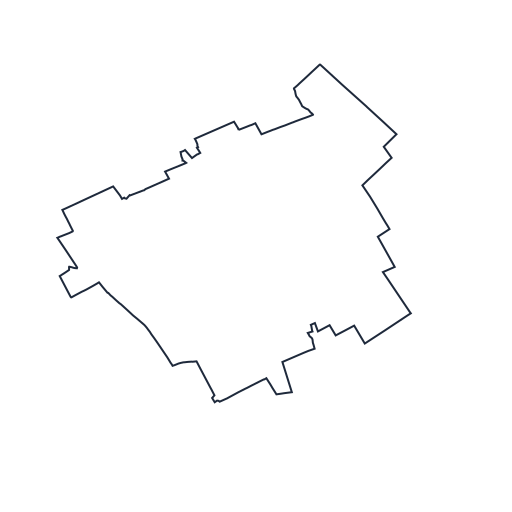 outline of Cudalbi, Galati, Romania, rotated 151°
{"feature_id": "2599482B47411249662534", "entity_name": "Cudalbi", "entity_type": "district", "adm_level": 2, "iso_a3": "ROU", "parent_name": "Romania", "parent_adm1": "Galati", "projection": "mercator", "projection_center": [27.714, 45.778], "detail": "fine", "context": "isolated", "style": "outline", "palette": "slate", "viewbox_px": 512, "rotation_deg": 151, "n_neighbors": 0, "source": "geoboundaries", "source_scale": "gbopen_adm2", "svg_char_len": 4117}
<svg xmlns="http://www.w3.org/2000/svg" viewBox="0 0 512 512"><g transform="rotate(151 256 256)"><path d="M266.7,383.1L267.4,383.0L268.2,383.0L268.5,383.0L270.1,383.2L271.2,383.4L271.6,383.5L272.7,380.1L273.0,379.2L273.3,376.5L273.4,376.2L274.0,375.1L273.4,374.8L271.9,371.3L272.6,371.3L289.2,373.3L294.6,373.9L294.6,365.8L315.1,367.6L320.3,368.1L321.9,367.7L322.8,368.0L336.7,370.0L337.0,370.5L341.5,368.9L342.8,370.1L343.0,370.9L343.3,370.9L345.5,370.9L345.6,374.9L346.4,380.5L347.2,386.1L394.3,389.5L395.8,389.6L399.8,389.9L403.0,390.2L403.1,388.5L403.3,385.9L403.4,382.6L403.4,381.5L403.4,380.3L403.6,376.4L403.6,375.6L403.6,374.9L403.7,374.1L403.8,372.2L404.0,366.7L404.5,366.4L408.2,366.6L413.4,367.3L414.8,367.5L416.6,367.7L417.3,367.8L417.5,367.9L419.5,368.1L420.3,368.1L420.9,368.2L419.6,353.7L418.1,334.9L418.0,332.7L418.6,332.1L420.4,333.3L421.6,334.4L422.3,335.2L423.8,336.6L424.3,337.0L424.6,337.2L424.8,337.1L425.4,336.0L425.6,335.5L426.2,334.5L426.3,334.4L430.9,334.0L437.4,333.6L437.8,316.8L437.9,311.5L437.9,310.8L437.9,310.4L437.9,310.0L437.8,309.6L437.7,309.4L437.4,309.3L436.0,309.3L433.7,309.3L433.3,309.3L425.8,309.2L423.1,309.0L420.5,308.9L417.2,308.9L416.1,308.9L413.1,308.9L407.9,309.0L406.3,309.1L406.1,309.1L405.2,303.6L403.7,295.8L403.1,295.4L402.3,292.1L401.4,289.9L399.9,285.3L398.4,281.0L397.6,279.4L396.0,274.7L393.3,266.6L392.8,265.0L392.3,263.5L392.1,263.0L390.4,258.8L387.1,249.9L386.7,248.2L386.3,246.1L386.0,243.6L385.6,241.1L385.5,238.7L385.4,237.7L384.9,233.8L384.2,227.0L383.7,221.4L383.2,215.8L382.7,210.3L382.5,205.2L382.5,204.4L382.2,201.9L382.2,201.7L382.2,201.0L382.2,200.6L382.2,200.4L381.1,200.2L380.6,200.1L379.3,199.9L377.6,199.7L375.9,199.5L374.2,199.1L373.0,198.8L372.5,198.6L371.3,198.3L369.8,197.6L368.1,196.9L366.9,196.4L365.6,195.8L364.4,195.2L363.9,195.0L362.6,194.2L359.1,192.7L359.1,192.3L359.1,191.6L359.3,183.8L359.5,173.4L359.7,163.0L359.7,160.8L359.9,154.3L363.2,153.1L363.0,148.1L360.2,148.4L359.2,147.7L358.7,147.0L358.4,146.2L354.9,145.9L351.3,145.6L350.7,145.5L349.9,145.5L349.2,145.5L337.3,145.4L329.2,145.1L328.3,145.0L324.6,144.9L323.8,144.9L313.5,144.5L309.0,144.3L308.5,144.0L306.2,144.1L305.7,136.6L305.6,132.6L305.3,127.3L305.2,125.1L300.5,123.3L298.0,122.4L290.7,119.5L284.3,150.5L276.2,149.7L266.2,148.7L261.2,148.2L256.1,147.6L252.1,146.9L249.7,146.5L249.5,147.3L248.8,150.1L248.5,151.6L248.3,152.6L247.2,155.2L246.9,156.8L247.1,157.4L247.4,158.4L247.8,159.4L247.9,159.5L248.0,160.2L248.0,160.5L247.9,161.6L247.9,162.1L248.0,162.6L248.0,163.6L243.2,162.6L243.1,163.5L242.2,166.1L241.6,167.8L241.4,169.2L237.0,168.8L238.4,160.0L225.2,159.8L224.8,147.9L224.2,147.9L215.0,147.7L203.9,147.5L203.5,133.7L203.3,126.7L179.5,128.4L172.0,129.0L155.7,130.3L151.7,130.6L148.4,130.8L148.6,132.3L150.4,153.3L151.9,170.8L152.8,180.4L142.3,179.4L140.0,179.2L140.0,184.7L140.1,213.8L126.2,214.8L126.3,219.0L126.5,221.9L126.6,224.8L126.7,227.7L126.9,238.5L127.5,252.7L127.7,254.9L128.7,266.2L121.3,268.2L106.8,271.8L96.9,274.4L89.8,276.1L91.3,289.6L74.1,294.4L79.4,310.7L86.8,332.8L86.8,333.0L97.8,364.6L97.9,364.9L106.9,391.8L107.0,392.1L107.2,392.4L107.5,392.5L118.0,389.9L125.1,388.1L134.6,385.8L136.8,385.2L140.1,384.5L141.4,384.3L141.7,384.0L141.8,383.3L141.8,382.2L141.9,381.2L142.5,379.5L143.0,377.9L143.3,376.5L143.4,376.0L143.1,374.6L142.7,371.8L142.8,369.0L142.8,367.1L143.0,364.6L142.3,363.3L141.5,361.8L140.5,360.2L139.7,359.3L139.4,358.8L139.3,358.5L139.1,357.6L138.9,356.6L138.7,355.2L137.9,353.4L137.6,352.0L137.7,351.9L142.0,352.4L146.0,353.0L148.2,353.4L151.3,353.9L156.6,354.7L159.1,355.0L160.0,355.2L160.9,355.3L164.7,355.8L167.1,356.1L172.3,357.0L174.5,357.3L178.2,357.8L180.1,358.2L182.6,358.5L186.0,359.0L191.6,359.7L192.2,359.8L192.2,372.4L196.6,372.8L197.8,373.1L202.5,373.7L209.2,374.6L209.4,375.0L209.9,375.3L209.8,375.8L209.9,376.1L209.7,376.4L209.8,377.2L209.9,379.7L210.1,384.1L245.7,387.5L252.1,388.1L252.7,388.1L252.6,387.4L252.8,384.6L253.1,382.1L253.9,380.6L253.9,379.3L255.2,379.3L254.9,375.5L254.8,373.2L257.5,373.2L258.2,373.4L263.7,372.8L264.5,372.7L266.7,383.1Z" fill="none" stroke="#1e293b" stroke-width="2"/></g></svg>